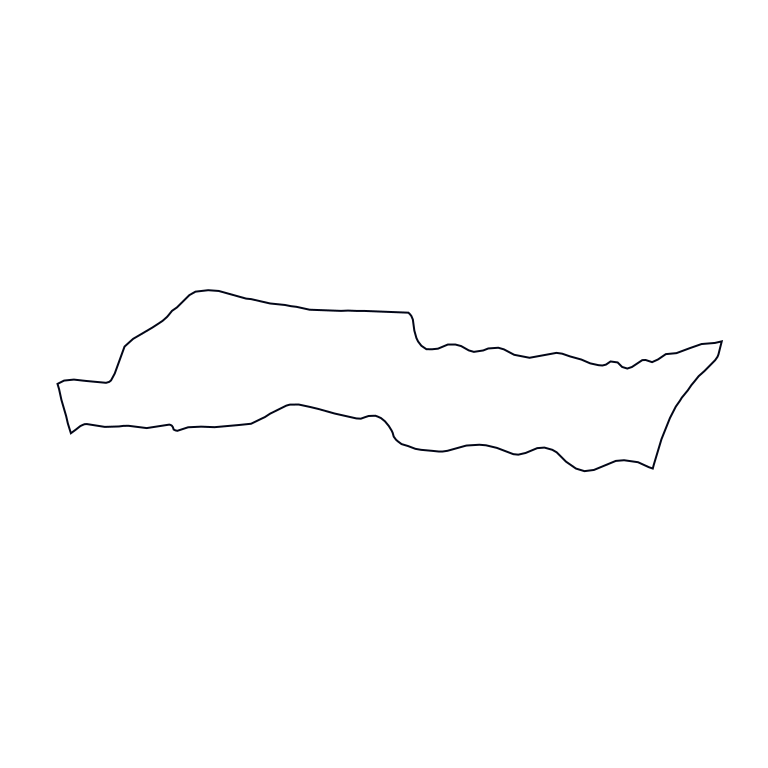 the district of San Juan Cotzal, Quiché, Guatemala, rotated 15°
{"feature_id": "79465075B84889349679373", "entity_name": "San Juan Cotzal", "entity_type": "district", "adm_level": 2, "iso_a3": "GTM", "parent_name": "Guatemala", "parent_adm1": "Quiché", "projection": "mercator", "projection_center": [-91.017, 15.425], "detail": "fine", "context": "isolated", "style": "outline", "palette": "ink", "viewbox_px": 768, "rotation_deg": 15, "n_neighbors": 0, "source": "geoboundaries", "source_scale": "gbopen_adm2", "svg_char_len": 2289}
<svg xmlns="http://www.w3.org/2000/svg" viewBox="0 0 768 768"><g transform="rotate(15 384 384)"><path d="M94.3,512.6L98.0,508.0L101.6,503.2L103.6,501.5L105.2,500.3L107.4,499.6L125.4,497.7L139.0,493.6L143.1,491.9L148.0,490.5L166.2,488.0L187.1,478.8L188.5,478.8L189.9,479.2L191.3,480.4L192.6,482.4L194.5,482.8L196.5,482.7L206.0,476.5L218.5,472.5L231.4,469.6L254.1,461.3L265.9,456.8L275.0,448.9L277.5,446.8L281.7,442.1L295.2,430.2L297.0,429.1L298.4,428.3L306.9,425.9L318.8,425.3L326.8,425.1L343.9,425.3L366.2,424.4L370.6,423.5L374.2,421.0L377.4,418.9L380.2,418.0L383.9,416.9L386.3,417.1L389.9,417.7L394.6,419.8L399.5,423.3L403.4,427.0L405.0,428.9L407.0,432.3L410.0,434.7L412.2,435.8L416.5,437.5L423.3,437.7L431.1,438.5L436.8,438.0L448.4,436.0L454.7,435.0L458.2,434.0L462.6,432.1L478.5,422.7L479.6,422.1L491.8,418.0L498.4,416.8L509.6,416.5L527.1,418.3L532.0,417.5L536.1,415.3L538.6,414.0L548.6,406.3L555.4,403.9L563.6,404.0L568.5,405.3L579.9,411.9L591.3,416.0L600.2,416.3L609.0,412.7L627.8,398.3L635.6,395.5L649.6,393.8L661.3,395.8L665.5,396.1L665.5,391.9L665.6,388.5L666.3,365.5L669.0,342.9L671.7,330.3L674.2,323.5L675.2,320.1L679.1,311.5L681.2,305.5L683.2,301.2L685.9,295.0L690.2,288.5L697.7,275.3L699.1,271.4L699.4,269.0L699.2,255.4L693.0,258.7L680.4,263.2L670.0,270.3L658.5,278.5L648.5,282.2L642.3,289.4L637.3,293.5L630.5,293.1L627.3,294.1L619.1,303.4L615.0,306.1L609.6,305.9L604.1,302.7L597.0,303.6L593.4,307.8L590.2,309.6L586.4,310.3L577.8,310.7L568.3,309.3L556.5,309.2L548.2,308.6L542.5,309.3L517.8,321.0L502.2,322.1L490.8,319.5L485.0,319.4L475.5,322.7L471.2,325.9L462.5,329.7L457.2,329.6L448.7,327.4L442.8,327.4L435.4,329.4L427.0,335.9L421.2,338.1L415.9,339.4L410.2,337.4L405.9,334.1L403.4,331.2L399.5,324.6L397.4,319.6L395.2,314.3L392.8,311.2L390.9,309.8L389.1,308.8L345.7,318.6L338.2,320.6L330.2,322.4L323.6,324.5L302.1,329.4L292.9,331.5L279.5,332.1L274.0,332.9L267.9,333.3L253.1,335.7L233.7,336.4L228.7,337.2L200.3,336.9L189.9,338.9L178.0,343.6L173.0,348.5L164.2,363.6L160.3,368.2L158.1,373.2L157.1,375.3L153.8,380.3L150.1,384.5L145.6,389.5L130.0,405.3L123.7,415.0L121.2,443.6L119.4,451.2L118.0,453.1L115.2,454.8L95.8,458.1L91.3,458.8L83.3,460.0L74.1,463.5L68.6,468.4L71.5,473.1L76.5,482.8L85.3,497.3L88.8,503.9L94.3,512.6Z" fill="none" stroke="#020617" stroke-width="2"/></g></svg>